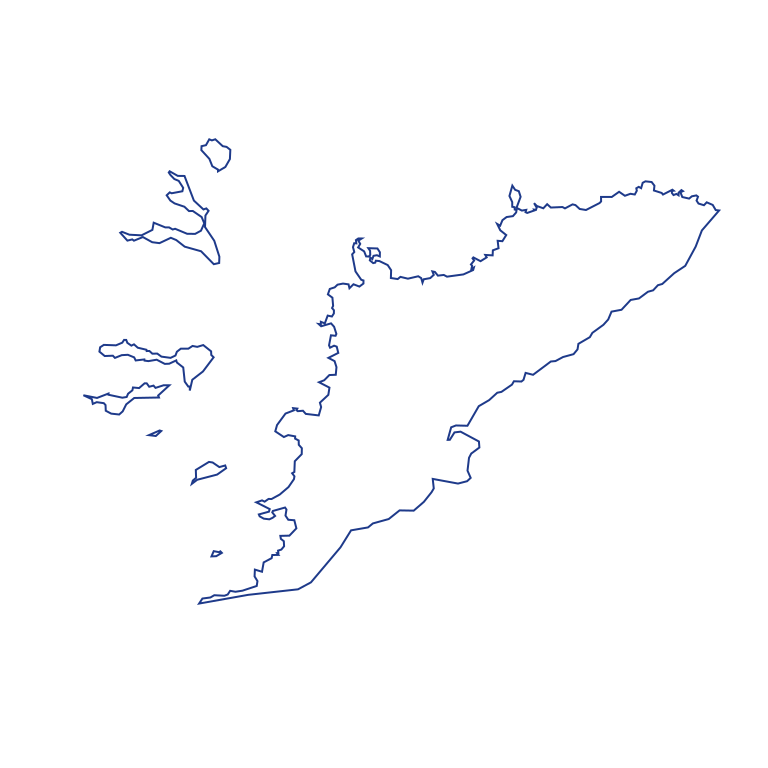 the district of Nioumachioi, Moûhîlî, Comoros, rotated 102°
{"feature_id": "10938185B46959303700006", "entity_name": "Nioumachioi", "entity_type": "district", "adm_level": 2, "iso_a3": "COM", "parent_name": "Comoros", "parent_adm1": "Moûhîlî", "projection": "robinson", "projection_center": [43.69, -12.344], "detail": "fine", "context": "isolated", "style": "outline", "palette": "blue", "viewbox_px": 768, "rotation_deg": 102, "n_neighbors": 0, "source": "geoboundaries", "source_scale": "gbopen_adm2", "svg_char_len": 6170}
<svg xmlns="http://www.w3.org/2000/svg" viewBox="0 0 768 768"><g transform="rotate(102 384 384)"><path d="M527.6,369.8L522.7,365.9L515.1,351.3L504.4,342.5L501.7,328.6L491.0,320.5L480.0,315.0L475.8,313.6L466.7,316.6L466.0,290.9L461.8,282.5L457.8,279.7L451.4,284.3L438.5,285.5L433.9,284.2L426.3,277.5L420.5,279.2L414.7,299.2L416.7,305.0L424.9,308.0L425.4,310.1L412.4,309.3L409.6,305.0L407.5,293.7L386.0,286.7L377.9,277.8L369.0,271.4L367.3,267.5L358.0,258.7L354.3,257.5L353.0,250.1L350.9,248.4L343.7,247.8L344.0,240.1L327.3,225.5L325.9,221.0L320.4,214.5L315.4,204.8L309.9,201.9L304.3,202.2L295.4,192.4L290.6,190.8L280.5,181.7L274.3,178.1L265.9,176.5L262.0,167.1L250.5,160.2L247.3,152.4L238.9,145.0L236.4,140.2L230.4,136.6L228.3,132.6L215.3,123.2L205.8,113.9L184.8,107.7L167.7,105.0L144.6,92.3L144.9,95.7L140.5,99.7L139.2,106.1L142.6,108.2L142.1,113.9L139.6,116.4L135.5,115.8L134.6,117.7L136.4,121.9L139.2,124.1L139.1,131.1L134.8,133.9L133.2,131.7L132.5,133.4L135.6,135.6L138.2,135.1L137.3,137.5L139.0,140.1L137.3,142.1L135.3,142.6L134.7,140.9L134.0,142.3L140.7,150.5L139.4,152.1L138.6,160.2L133.8,160.7L130.8,164.2L131.4,170.4L133.4,172.8L139.0,173.2L138.2,175.8L140.1,177.9L142.4,176.9L146.5,178.1L146.7,182.5L149.8,187.5L147.1,194.0L153.7,200.1L155.9,210.6L160.3,209.6L162.2,210.8L171.8,222.6L172.1,229.0L169.2,233.9L169.1,236.9L174.6,243.5L173.8,246.2L176.7,257.5L174.2,261.8L179.0,264.7L178.1,271.6L175.9,274.8L179.8,271.3L182.1,271.6L182.2,273.6L183.0,273.0L186.9,279.5L186.5,281.3L184.1,281.1L185.7,285.2L184.1,291.0L172.5,289.3L167.4,292.2L166.8,296.1L163.3,299.7L174.0,300.4L179.4,296.4L184.0,295.4L183.9,293.1L186.2,292.4L186.2,290.5L188.7,290.4L193.0,292.8L195.2,298.8L199.1,302.2L205.0,303.3L203.9,306.6L209.5,302.2L212.9,295.4L219.7,297.9L220.3,302.6L227.4,300.2L230.6,305.3L235.6,304.5L236.7,311.8L238.8,309.9L243.8,315.1L241.6,322.9L242.7,323.5L244.5,321.5L249.0,323.8L250.0,322.4L253.2,322.4L251.3,320.3L254.0,320.5L260.3,329.1L265.9,344.7L264.9,348.2L266.8,353.8L263.8,357.5L263.8,360.1L266.9,358.0L270.8,360.8L273.3,366.9L276.9,367.4L272.7,369.6L271.5,372.9L276.0,382.5L275.8,390.2L278.5,392.4L278.9,399.3L271.2,400.7L266.9,405.1L264.7,414.1L265.1,417.6L267.1,417.8L268.0,419.7L266.0,423.6L263.1,423.6L264.3,421.4L260.8,420.9L259.5,417.7L260.1,414.6L256.0,415.4L252.8,418.6L254.4,427.6L256.6,425.3L260.6,424.3L262.5,425.4L262.9,428.0L258.4,431.0L255.8,437.7L251.9,436.4L249.1,438.9L246.3,436.0L247.0,439.4L249.1,441.4L252.2,440.3L252.5,442.4L256.6,442.8L261.1,440.5L263.8,442.1L279.8,435.3L286.8,427.9L287.0,425.6L290.0,425.0L293.8,428.3L292.8,434.6L297.5,437.7L293.9,439.4L294.3,445.0L296.5,450.1L299.7,452.3L302.3,456.8L308.0,457.5L310.3,452.4L318.2,450.0L320.5,450.6L322.3,448.3L325.4,447.7L328.8,449.0L328.8,453.3L337.0,454.5L336.3,458.7L338.7,458.2L338.9,460.4L340.6,457.5L335.7,448.4L338.4,444.7L344.9,441.0L346.9,441.4L347.4,446.0L357.6,445.8L359.7,444.3L356.9,440.8L357.3,438.0L363.1,435.2L370.0,443.8L371.9,437.1L377.4,434.0L385.0,433.1L386.6,439.3L392.8,443.3L395.8,447.9L398.9,436.6L406.2,436.2L415.6,442.8L419.6,440.7L428.3,441.3L429.5,454.3L427.0,457.7L428.5,462.7L427.8,464.2L426.1,463.7L426.5,467.9L428.5,466.7L433.4,474.2L446.4,480.1L452.9,480.5L456.7,470.9L453.9,467.1L453.7,460.0L455.9,459.6L457.0,455.7L461.2,454.7L463.9,451.0L469.7,449.9L478.1,455.2L488.7,453.4L490.4,455.3L492.9,452.4L495.8,452.3L504.7,456.0L513.8,463.0L519.9,470.1L520.4,473.0L523.9,476.3L523.2,479.1L526.3,484.3L530.1,469.8L532.8,470.0L537.6,479.3L539.3,478.1L540.7,473.6L540.2,468.0L538.1,465.2L535.7,463.1L532.8,466.6L531.3,466.3L525.4,455.1L527.1,453.3L533.2,453.0L536.7,449.4L535.9,443.4L543.4,439.7L552.0,445.0L554.1,453.8L556.9,452.7L558.6,449.3L563.5,448.0L567.3,450.0L569.0,453.0L571.2,452.2L571.6,453.4L573.1,451.7L574.5,457.7L577.7,457.7L583.5,464.6L593.0,464.3L592.4,471.7L599.1,470.6L603.1,466.8L608.0,466.5L615.6,479.5L618.1,486.1L618.3,491.5L622.4,493.1L624.3,496.1L625.9,506.1L628.9,509.4L631.6,517.0L637.2,519.2L618.5,473.1L602.7,425.4L593.2,414.2L552.8,392.6L534.0,385.8L527.6,369.8ZM299.9,570.4L293.7,571.5L279.2,579.8L267.7,591.7L256.3,593.7L251.1,591.6L249.2,594.3L250.8,596.9L244.1,608.1L222.0,622.4L223.3,629.0L220.5,637.9L221.9,638.5L224.0,636.3L227.1,631.7L228.0,627.0L233.9,621.2L237.4,621.3L241.6,631.4L241.1,633.4L244.6,635.8L249.0,631.1L250.9,626.4L252.1,616.1L255.4,610.7L254.5,607.0L258.6,597.1L264.2,593.2L272.1,594.9L276.4,599.9L278.0,607.8L275.6,620.6L276.8,622.8L275.5,626.8L276.3,630.5L274.1,642.8L281.4,642.6L289.0,652.1L290.9,664.1L289.6,671.9L290.9,673.4L297.1,664.8L294.9,660.3L295.8,658.4L290.4,650.4L293.5,640.2L292.9,632.9L285.3,622.9L286.4,617.1L291.1,607.5L292.2,590.5L302.2,575.4L299.9,570.4ZM409.4,563.7L393.3,556.2L391.5,559.0L388.0,559.9L383.5,568.9L386.5,574.4L386.6,579.2L390.1,582.7L391.7,590.1L395.5,593.3L399.5,593.9L402.8,598.2L403.5,607.4L401.4,612.1L402.5,616.9L400.5,620.3L401.1,623.0L399.9,623.5L399.7,632.4L397.2,636.8L399.0,639.1L397.1,643.6L394.5,645.3L394.9,647.4L398.0,648.6L401.9,654.2L404.0,666.2L407.1,669.3L411.5,669.1L414.7,663.0L412.7,655.1L414.4,652.6L410.3,646.5L408.7,640.6L409.9,633.9L412.6,631.8L409.8,623.5L410.9,623.1L410.6,619.2L407.5,611.4L409.9,602.6L408.8,598.3L404.1,592.1L406.0,591.1L409.6,583.8L423.1,579.4L427.2,574.9L426.8,573.4L430.8,572.6L419.7,572.4L409.4,563.7ZM442.2,602.5L429.9,593.7L431.0,599.2L435.3,606.7L433.5,609.1L435.5,613.1L432.7,616.2L433.1,618.3L438.9,622.7L439.6,628.8L442.5,628.8L446.7,632.3L450.2,633.0L451.8,637.1L451.8,651.3L450.6,651.5L457.3,661.8L457.5,675.7L459.6,666.6L464.0,664.7L461.5,661.2L461.0,654.1L462.5,652.0L468.0,650.6L469.7,644.7L468.9,636.7L465.1,633.9L457.5,631.9L449.6,625.4L444.0,601.3L442.2,602.5ZM204.7,584.3L196.0,581.5L186.9,583.0L184.8,587.3L184.9,591.2L179.7,599.9L181.5,603.0L181.0,605.8L187.4,607.8L189.3,611.9L193.2,611.3L200.1,601.6L206.7,597.2L208.8,591.0L210.5,590.6L204.7,584.3ZM507.3,528.4L499.2,520.9L496.7,522.4L499.5,527.8L496.4,535.3L496.6,539.0L507.2,550.2L514.8,548.3L518.2,550.9L521.6,551.2L516.5,546.8L507.3,528.4ZM582.9,507.5L581.7,509.3L582.8,510.4L582.9,515.8L588.5,516.9L587.3,512.3L582.9,507.5ZM482.3,596.4L476.3,592.1L476.1,593.8L482.9,603.3L482.3,596.4Z" fill="none" stroke="#1e3a8a" stroke-width="2"/></g></svg>